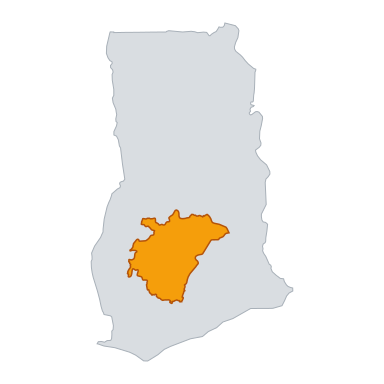 Ashanti on a map of Ghana (Natural Earth projection)
{"feature_id": "GHA-2158", "entity_name": "Ashanti", "entity_type": "Region", "adm_level": 1, "iso_a3": "GHA", "parent_name": "Ghana", "parent_adm1": "", "projection": "natural_earth1", "projection_center": [-1.65, 6.739], "detail": "fine", "context": "in_parent", "style": "filled", "palette": "amber", "viewbox_px": 384, "rotation_deg": 0, "n_neighbors": 0, "source": "natural_earth", "source_scale": "10m", "svg_char_len": 8567}
<svg xmlns="http://www.w3.org/2000/svg" viewBox="0 0 384 384"><path d="M235.4,25.7L238.3,28.9L238.9,30.7L237.9,37.6L235.7,42.4L234.4,46.9L234.6,49.1L235.9,51.4L240.3,54.9L242.6,57.2L245.2,60.6L248.3,64.0L253.6,68.4L255.8,69.2L255.7,70.5L255.0,72.2L254.5,88.6L254.1,92.9L253.7,95.0L253.3,101.1L252.7,102.0L251.7,101.9L250.8,102.2L250.6,103.4L251.0,104.7L254.1,105.5L253.4,106.5L251.1,107.3L250.0,109.2L250.5,111.3L249.2,113.0L249.5,114.1L250.4,114.9L251.7,114.6L255.4,111.8L257.0,111.5L258.9,112.1L262.4,116.4L262.6,118.5L261.2,125.8L259.8,131.3L259.5,138.8L261.0,143.0L260.8,145.3L259.2,147.3L255.5,150.1L255.8,152.1L257.5,155.8L260.6,159.8L266.6,164.9L269.8,171.5L269.9,174.1L268.1,176.8L265.9,179.1L265.2,182.5L266.2,204.5L261.4,214.1L261.4,216.8L261.9,220.0L263.1,221.9L265.6,222.4L267.6,224.3L266.9,231.0L265.8,237.9L265.7,241.2L265.1,242.7L263.2,244.0L262.5,246.2L263.0,248.8L262.6,250.8L263.7,253.4L265.8,256.5L269.3,264.4L270.7,265.1L271.3,266.7L270.9,268.3L272.3,271.8L276.2,275.3L280.3,278.4L283.6,278.8L284.3,281.5L286.5,285.0L288.1,286.5L290.6,287.5L292.7,288.0L292.8,291.0L289.1,293.0L286.6,296.0L284.6,300.6L282.0,305.7L272.9,308.3L269.4,308.4L250.6,308.5L233.0,318.5L222.9,322.0L216.7,327.6L208.3,331.6L202.5,336.5L190.4,338.8L170.5,346.4L164.2,349.4L157.9,354.7L147.7,361.0L143.7,360.9L135.6,355.1L129.6,352.2L114.9,347.7L103.9,346.0L98.5,344.1L97.1,343.8L98.3,341.7L101.4,341.5L104.6,342.2L107.1,340.6L110.7,340.4L111.6,338.7L111.9,334.5L111.8,331.1L113.1,329.6L113.4,325.6L111.7,316.8L110.4,315.8L104.0,314.5L103.5,312.8L102.4,310.9L101.1,306.4L99.7,299.6L97.5,291.2L93.2,277.3L92.1,272.4L91.4,267.4L91.2,261.5L92.1,259.3L92.0,256.2L91.6,253.1L94.6,246.1L100.6,237.4L101.9,234.3L103.0,232.1L103.1,229.0L104.2,219.0L107.1,206.8L108.9,202.2L110.1,199.7L111.5,195.7L111.9,193.8L117.4,189.0L119.9,187.7L120.5,185.9L119.6,183.8L120.0,182.4L121.3,181.7L123.4,181.1L124.8,179.2L122.5,164.2L120.7,149.2L120.6,148.0L119.4,145.9L118.3,139.7L116.5,136.1L113.9,135.0L113.9,131.6L116.5,125.9L117.2,122.5L116.0,121.5L115.8,118.9L116.7,114.6L116.2,112.0L115.8,109.2L113.1,102.7L112.4,98.1L113.8,95.4L113.8,89.4L112.3,80.3L112.1,74.5L113.1,72.1L112.6,69.8L110.6,67.6L110.5,65.5L112.2,63.4L112.0,61.8L109.9,60.6L108.0,57.8L106.4,53.4L106.7,46.2L109.8,33.0L110.2,31.9L113.8,32.0L113.8,32.6L124.8,32.4L137.3,32.3L152.4,32.1L166.0,32.0L166.6,31.4L168.8,30.7L182.6,32.0L191.2,31.3L194.9,31.8L197.6,32.7L203.5,32.1L206.7,32.4L209.1,35.7L210.1,35.7L211.4,34.3L213.8,32.7L216.2,31.5L217.9,28.9L219.0,26.9L220.5,27.3L222.8,27.2L224.3,25.6L224.9,23.0L235.4,25.7Z" fill="#d9dde1" stroke="#a8b0b8" stroke-width="1"/><path d="M229.0,232.8L226.4,233.3L225.6,233.7L224.9,234.3L224.0,235.6L223.2,236.5L222.6,236.9L220.4,237.8L219.8,238.0L219.5,238.2L218.6,239.5L218.1,239.7L212.0,239.8L211.4,240.0L210.8,240.5L202.7,253.7L202.3,254.0L202.0,254.2L201.8,254.3L198.5,254.9L197.5,255.3L196.4,255.9L195.9,256.3L195.6,256.6L195.5,257.1L195.3,257.7L195.3,258.3L195.5,258.9L196.0,259.7L196.3,260.1L197.4,261.0L197.7,261.4L198.1,262.3L198.2,262.9L198.2,263.3L198.1,263.7L197.8,264.1L196.5,265.6L195.9,266.6L190.0,273.6L188.1,277.1L187.4,279.3L186.9,281.6L186.8,282.3L186.4,283.3L186.0,283.8L185.6,284.2L184.6,284.8L184.5,285.0L184.9,285.6L185.0,285.9L185.0,286.5L184.8,287.6L184.2,288.9L184.3,289.3L184.2,289.8L184.3,290.0L184.5,290.1L184.8,290.4L184.8,290.8L184.7,290.9L184.1,291.1L183.9,291.3L183.5,293.1L183.0,294.2L182.6,295.3L182.5,296.0L182.2,296.9L182.2,297.1L182.3,297.3L182.9,297.3L183.0,297.4L183.2,297.6L183.2,298.3L182.4,300.2L182.3,300.4L182.2,300.6L181.9,300.9L181.7,301.6L181.3,301.3L181.1,301.4L180.7,301.7L180.2,301.9L179.8,301.8L179.4,300.8L179.2,300.6L178.7,300.7L178.4,300.7L178.2,300.6L177.9,300.4L176.8,300.0L176.4,300.0L176.2,300.1L176.0,300.3L175.8,300.4L174.5,300.7L174.1,301.2L173.7,301.3L173.3,301.5L172.8,301.4L172.3,301.6L172.2,301.7L172.3,302.4L172.1,303.1L172.0,303.3L171.8,303.4L171.5,303.4L170.7,303.0L170.0,302.5L169.8,302.2L169.8,301.9L170.0,301.8L170.4,301.7L170.5,301.5L170.5,301.3L170.4,301.0L170.2,300.7L169.8,300.3L169.6,300.1L168.8,300.0L168.4,299.8L167.7,299.9L167.2,299.9L166.7,300.0L166.1,299.9L165.6,299.9L165.1,300.0L164.0,300.0L163.5,300.2L163.2,300.2L162.7,300.3L162.3,300.2L160.9,299.4L160.7,299.0L160.5,298.7L159.2,298.1L158.7,298.1L158.1,297.9L157.9,297.8L157.8,297.5L157.7,297.3L156.7,296.7L156.4,296.1L156.4,295.7L156.5,295.1L156.5,294.9L156.4,294.6L155.8,294.3L155.3,294.2L155.1,294.3L154.9,294.4L154.7,294.7L154.3,294.9L153.6,294.8L153.0,294.5L152.7,294.5L152.3,295.0L152.1,295.1L151.8,295.0L151.4,294.5L150.5,293.3L150.3,293.2L150.1,293.2L149.8,292.9L149.5,292.4L148.9,290.3L148.7,289.8L148.4,289.7L147.6,289.9L147.4,289.6L147.2,288.9L146.5,284.8L146.6,284.5L146.9,284.1L147.0,283.8L147.0,283.5L147.0,282.8L147.0,282.4L147.3,281.6L147.4,281.1L147.2,280.5L146.7,280.1L144.6,280.0L143.5,280.1L143.2,280.0L142.9,279.9L142.6,279.5L142.4,278.9L142.1,277.8L141.7,277.1L141.4,276.8L141.2,276.7L137.8,275.8L137.4,275.5L137.3,275.3L137.2,275.0L137.3,274.1L138.2,271.1L138.1,270.5L138.1,270.1L137.9,270.0L137.7,269.8L137.3,269.7L137.0,269.8L136.0,270.2L135.7,270.2L135.4,270.1L134.0,269.1L133.5,268.9L133.0,268.8L132.8,268.9L132.6,269.2L132.2,270.2L131.7,273.9L131.4,275.0L131.1,275.8L130.3,276.6L129.7,276.9L129.0,276.9L128.6,276.9L128.3,276.6L128.5,274.5L128.4,274.3L128.3,274.1L127.8,273.9L127.6,273.8L127.5,273.6L127.5,273.3L127.6,273.1L127.9,272.7L127.7,272.1L127.7,271.9L128.1,271.3L128.3,270.4L128.7,270.0L129.1,269.1L129.5,268.7L129.8,268.2L130.3,267.7L130.5,267.2L130.6,266.9L130.5,266.5L130.3,266.0L130.3,265.8L130.3,265.5L130.7,264.9L130.7,264.6L130.5,264.2L129.9,263.8L129.8,263.6L129.7,263.4L129.6,262.4L129.5,262.2L129.4,262.0L128.9,261.9L128.8,261.7L128.8,261.1L129.0,259.6L129.5,259.5L130.6,259.8L131.2,259.9L131.7,259.8L132.2,259.7L133.1,259.3L133.8,258.8L134.1,258.4L134.5,257.3L134.9,253.9L135.1,253.4L135.2,253.1L135.5,252.7L136.0,252.4L136.6,252.0L136.8,251.8L136.8,251.6L136.7,251.1L136.3,250.8L135.5,250.5L134.7,250.4L132.4,250.3L130.7,250.8L130.2,250.9L130.0,250.7L130.1,250.0L130.3,249.8L131.1,249.4L131.6,248.9L132.0,248.3L132.5,247.7L132.7,247.2L133.0,246.8L133.0,246.6L133.0,245.8L133.4,244.6L133.4,244.0L133.6,243.5L136.5,239.9L137.0,239.5L137.3,239.3L137.7,239.3L138.3,239.4L138.6,239.6L138.8,239.9L139.1,240.9L139.3,241.1L139.7,241.2L145.3,240.8L146.2,240.5L147.4,239.6L148.6,238.6L149.3,237.8L150.3,236.2L150.8,235.6L151.1,235.4L151.6,235.3L152.5,235.2L153.4,234.9L153.6,234.8L153.7,234.6L154.0,233.5L154.1,233.2L153.9,232.4L154.1,231.8L154.4,231.1L154.5,230.7L154.3,230.6L152.1,230.0L151.6,229.8L151.3,229.5L150.1,228.0L148.3,226.3L148.2,226.2L147.8,226.2L146.1,226.6L145.8,226.6L145.6,226.5L145.2,226.2L144.2,224.9L144.0,224.7L143.5,224.6L142.4,224.6L141.9,224.5L141.4,224.3L141.3,224.1L141.4,223.5L141.6,222.8L141.6,221.8L141.8,221.3L142.1,220.7L142.3,220.1L142.5,219.6L142.7,218.8L143.0,218.6L143.6,218.6L145.8,219.0L146.4,218.9L146.7,218.7L147.1,218.4L147.4,218.3L148.5,218.3L149.2,218.2L149.5,218.3L150.0,218.6L150.3,218.8L150.7,218.8L152.4,218.7L154.2,218.2L154.8,218.2L155.2,218.5L155.3,218.8L155.4,219.1L155.5,221.4L155.6,222.0L155.8,222.5L156.3,222.7L157.0,223.0L158.0,223.6L158.5,224.1L159.1,224.9L159.3,225.0L159.6,225.1L160.1,225.0L161.3,224.5L161.8,224.4L162.1,224.4L162.8,224.8L163.2,224.9L163.6,225.0L164.4,224.9L165.0,224.5L165.3,224.1L166.0,222.8L166.5,222.2L166.9,222.0L167.4,221.8L168.5,221.8L168.9,221.7L169.4,221.5L169.6,221.2L169.6,220.9L169.4,219.4L168.9,218.1L168.9,217.9L169.1,217.5L169.2,217.4L170.5,216.2L172.4,215.0L172.7,214.7L173.3,213.8L174.8,211.1L175.2,210.5L175.6,210.3L176.1,210.1L176.3,210.1L176.7,210.1L177.1,210.3L177.7,210.7L178.3,211.3L178.5,211.8L178.8,212.8L178.9,213.4L179.0,216.0L179.1,216.5L179.4,217.2L179.6,217.6L180.1,218.2L181.0,218.5L182.0,218.6L183.0,218.7L184.0,218.5L184.9,218.5L185.9,218.2L186.9,217.9L188.5,217.7L189.3,217.4L189.5,217.3L189.7,217.1L189.8,216.5L190.1,216.1L190.4,215.7L191.0,215.3L191.5,214.5L191.8,214.4L192.2,214.4L193.5,214.6L194.1,215.2L194.3,215.3L194.7,215.3L195.5,215.2L195.7,215.3L196.1,215.8L196.3,216.0L196.5,216.1L197.5,216.0L198.0,216.1L198.3,216.0L198.6,215.7L198.8,215.6L199.8,215.5L200.1,215.6L201.0,216.1L201.9,216.3L202.2,216.4L202.4,216.8L202.6,216.9L202.9,216.8L203.0,216.6L203.5,215.8L203.7,215.7L204.0,216.0L204.3,216.1L204.6,216.0L205.2,215.3L205.6,215.1L206.6,214.7L207.0,214.4L207.3,214.5L207.8,214.9L208.9,215.9L209.7,216.9L210.8,218.8L211.6,221.1L212.1,222.0L212.4,222.4L213.0,222.8L214.4,223.3L219.2,224.3L225.8,227.1L226.1,227.3L227.0,228.6L229.0,232.8Z" fill="#f59e0b" stroke="#b45309" stroke-width="1.5"/></svg>